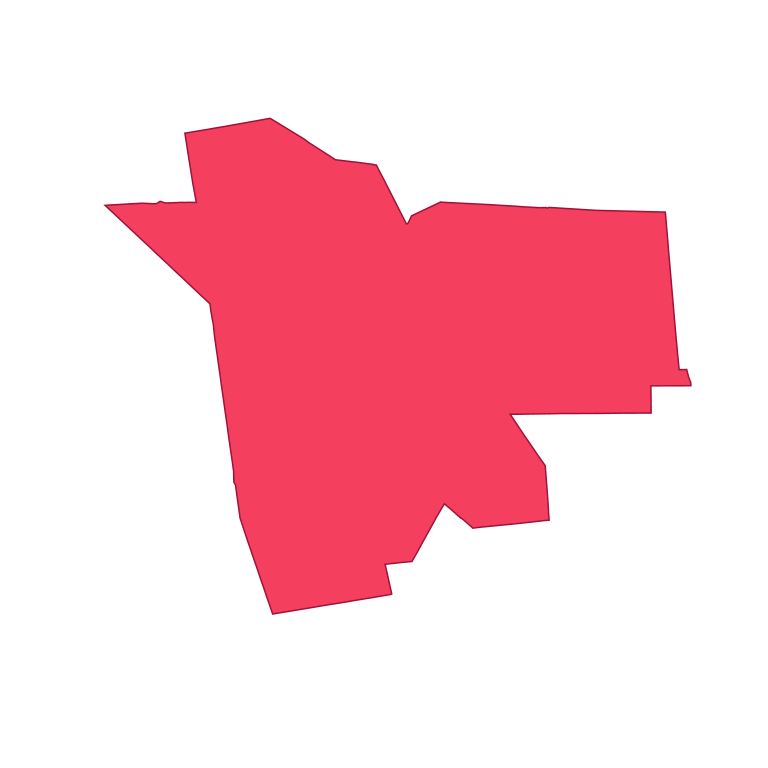 outline of Teremia Mare, Timis, Romania, rotated 9°
{"feature_id": "2599482B72352087772427", "entity_name": "Teremia Mare", "entity_type": "district", "adm_level": 2, "iso_a3": "ROU", "parent_name": "Romania", "parent_adm1": "Timis", "projection": "albers", "projection_center": [20.537, 45.943], "detail": "fine", "context": "isolated", "style": "filled", "palette": "rose", "viewbox_px": 768, "rotation_deg": 9, "n_neighbors": 0, "source": "geoboundaries", "source_scale": "gbopen_adm2", "svg_char_len": 2385}
<svg xmlns="http://www.w3.org/2000/svg" viewBox="0 0 768 768"><g transform="rotate(9 384 384)"><path d="M652.4,370.9L650.5,359.5L647.9,344.1L660.1,342.1L687.4,337.7L686.8,334.7L683.4,328.8L683.3,328.3L681.3,323.9L680.7,322.3L678.7,322.7L673.3,323.7L669.7,310.0L663.2,284.4L644.6,209.3L635.0,170.2L566.4,179.3L537.1,182.1L519.1,183.8L517.8,184.8L516.6,184.4L509.5,185.6L495.8,187.0L486.2,187.8L458.7,190.5L412.8,195.4L411.6,195.3L384.9,213.6L382.7,221.2L381.3,222.4L379.5,220.2L352.4,182.8L346.4,174.8L343.6,170.9L342.2,168.9L339.5,169.1L339.5,168.8L319.9,169.3L319.5,169.4L301.0,170.1L271.7,157.2L267.3,154.8L230.0,139.4L183.5,155.5L148.1,167.4L154.4,187.0L163.7,215.5L170.2,234.0L161.6,235.3L158.6,235.9L155.4,236.3L144.9,238.5L139.6,239.4L134.5,238.6L133.7,239.0L131.6,241.1L130.7,241.5L127.6,242.1L117.2,243.2L108.7,245.0L86.6,249.8L80.6,251.2L88.2,256.3L96.5,262.0L105.1,267.8L113.3,273.4L121.7,279.1L129.9,284.6L138.4,290.5L146.6,296.0L154.3,301.2L161.8,306.4L169.7,311.7L177.4,317.0L185.2,322.3L190.3,325.8L199.5,332.0L201.8,339.6L203.8,345.4L206.2,352.2L207.8,358.3L209.4,364.2L212.7,375.0L216.1,385.9L216.9,388.7L220.4,400.0L224.4,413.2L228.3,425.9L231.9,437.7L235.3,448.6L239.4,462.3L242.6,472.6L247.0,486.7L249.1,493.7L251.1,504.5L253.2,507.1L255.1,513.6L257.5,521.5L260.3,530.6L262.8,538.9L269.5,551.9L274.3,561.2L277.0,566.2L280.4,572.7L286.0,583.2L288.6,588.1L289.5,589.9L293.6,597.7L297.8,605.5L302.0,613.6L306.0,621.0L310.0,628.6L319.4,625.5L328.5,622.5L337.7,619.4L347.1,616.3L355.4,613.5L364.1,610.6L373.1,607.7L384.2,604.0L392.4,601.2L399.7,598.8L407.4,596.3L415.3,593.6L423.7,590.8L424.5,590.2L420.2,579.3L416.1,568.9L413.3,561.9L421.7,559.6L432.1,556.8L439.5,554.9L439.8,553.8L442.6,546.4L445.7,537.8L448.5,529.9L451.7,521.2L454.7,512.9L456.3,508.2L457.9,504.2L461.0,496.2L462.5,492.9L462.6,493.0L469.0,496.9L477.6,502.4L477.6,502.5L479.5,503.4L479.7,503.9L480.5,504.2L481.7,504.7L483.0,505.3L484.0,505.9L492.9,511.5L494.3,512.5L501.4,510.4L509.6,508.3L516.5,506.5L529.2,503.2L540.2,500.3L551.9,497.1L564.5,493.6L568.4,492.7L566.7,485.5L566.1,482.5L563.4,470.5L560.3,457.4L557.4,445.3L556.0,439.4L550.0,433.3L545.4,428.5L534.6,417.0L531.1,413.4L517.2,398.3L513.4,394.2L522.7,392.6L527.6,391.7L552.2,387.5L566.8,384.9L572.3,384.1L576.3,383.4L592.0,380.9L600.5,379.5L625.1,375.3L649.2,371.4L652.4,370.9Z" fill="#f43f5e" stroke="#9f1239" stroke-width="1.5"/></g></svg>